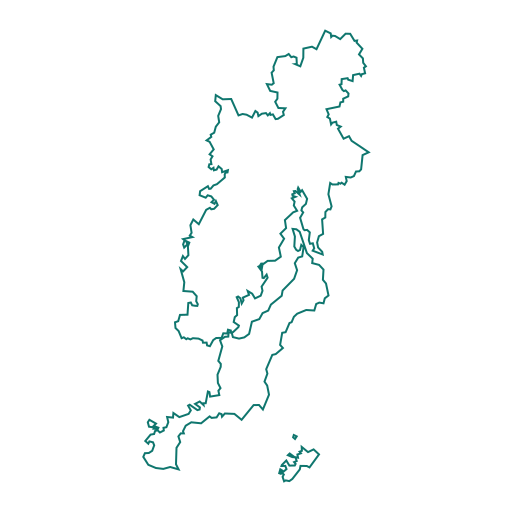 Stereas Elladas, Stereá Elláda, Greece, rotated 90°
{"feature_id": "26713481B15414951167649", "entity_name": "Stereas Elladas", "entity_type": "district", "adm_level": 2, "iso_a3": "GRC", "parent_name": "Greece", "parent_adm1": "Stereá Elláda", "projection": "natural_earth1", "projection_center": [23.323, 38.611], "detail": "fine", "context": "isolated", "style": "outline", "palette": "teal", "viewbox_px": 512, "rotation_deg": 90, "n_neighbors": 0, "source": "geoboundaries", "source_scale": "gbopen_adm2", "svg_char_len": 6112}
<svg xmlns="http://www.w3.org/2000/svg" viewBox="0 0 512 512"><g transform="rotate(90 256 256)"><path d="M33.8,161.8L33.7,166.4L39.1,171.8L36.0,176.9L35.7,179.5L37.0,180.8L33.4,181.3L30.7,186.8L49.2,195.5L46.7,200.0L48.6,208.6L57.8,208.7L66.3,211.7L64.1,216.8L63.9,215.2L57.7,215.5L56.5,218.4L57.2,220.7L54.0,223.3L56.1,226.7L57.1,234.6L66.7,238.5L70.3,238.2L72.7,240.4L83.2,238.3L84.7,240.2L84.1,245.1L90.9,241.8L92.5,234.5L98.7,234.6L101.8,236.8L108.0,233.6L108.3,226.6L111.8,229.0L115.0,228.2L118.8,234.1L119.1,236.4L114.4,239.1L114.9,241.5L113.2,242.1L115.4,244.2L113.1,246.0L113.7,250.1L116.1,253.6L112.6,254.4L111.0,256.6L117.6,260.0L114.7,265.4L114.0,269.4L115.4,273.5L99.0,280.8L99.3,289.3L95.1,296.2L101.2,296.8L106.1,291.4L109.1,291.0L115.9,293.8L122.3,292.8L126.7,296.2L132.7,297.8L134.7,301.3L136.9,300.7L140.4,305.4L141.8,302.4L149.4,298.3L154.3,302.4L156.3,299.5L159.5,301.4L164.1,300.6L164.3,302.7L167.0,303.4L169.3,300.7L167.8,298.5L170.3,298.1L169.6,295.4L166.3,293.5L169.0,290.3L172.2,289.9L170.2,284.1L172.4,284.5L172.7,286.5L174.4,287.3L177.5,287.2L184.2,295.1L185.4,298.5L188.7,301.3L188.9,302.9L186.2,304.1L191.2,311.9L195.2,312.4L197.7,306.3L195.3,304.3L196.4,300.7L199.8,298.0L202.2,300.5L203.8,297.5L201.1,296.1L205.1,294.3L208.8,297.9L209.3,300.7L207.8,302.1L209.8,305.8L224.2,313.2L219.5,318.7L225.2,321.6L232.8,320.4L235.6,322.2L237.1,319.6L239.1,328.9L240.3,327.4L244.4,328.9L247.6,327.8L244.3,324.6L241.1,325.9L242.6,322.7L246.4,324.1L255.2,323.6L258.9,327.0L256.1,329.1L261.0,331.0L267.1,324.8L271.4,328.9L269.1,331.4L282.2,327.7L291.0,328.6L291.7,319.3L296.2,315.3L301.2,315.8L304.2,314.2L305.9,314.7L305.8,316.8L305.3,319.8L302.5,321.2L303.0,323.7L314.7,324.5L314.9,332.0L321.2,333.8L322.3,337.0L328.0,336.5L331.0,333.4L338.2,330.4L337.3,328.2L339.2,325.7L338.3,324.3L339.4,321.6L338.2,319.1L338.6,313.5L340.5,309.5L342.7,309.0L342.6,305.4L345.4,304.9L346.2,302.1L340.1,298.8L338.0,295.8L337.9,290.4L333.3,288.7L333.5,284.8L329.7,284.0L330.5,281.2L332.3,281.3L332.2,279.0L327.1,273.6L325.6,273.1L322.0,278.3L317.1,277.2L315.1,274.9L308.1,275.1L307.0,273.2L302.2,273.1L297.2,275.3L296.5,273.9L298.3,271.6L303.5,270.3L300.3,268.5L297.6,269.1L294.9,263.0L291.0,264.3L293.7,259.8L298.4,257.0L295.7,251.3L290.8,249.5L286.6,250.4L277.7,244.4L274.6,245.4L278.1,248.2L277.8,249.5L271.5,250.0L266.6,253.6L265.9,252.2L268.7,250.2L265.8,249.7L266.7,251.4L265.5,252.0L263.6,250.8L263.6,248.8L264.7,250.1L265.2,250.3L260.9,244.4L260.7,236.9L256.7,231.2L247.5,233.1L238.7,227.9L233.7,231.6L228.1,225.9L220.1,227.1L212.3,218.8L210.8,214.9L205.5,218.2L201.6,217.4L198.3,220.2L196.8,216.5L195.8,219.4L194.3,219.7L193.3,217.3L191.2,218.1L191.0,216.5L194.6,212.4L189.1,214.3L187.6,213.8L191.8,211.3L190.2,209.9L198.8,204.9L203.9,206.1L207.3,209.8L210.4,210.6L212.4,208.8L217.8,211.9L229.0,208.6L230.2,207.5L229.9,204.9L232.4,202.2L240.1,203.2L243.8,202.0L243.3,199.2L248.3,197.8L250.7,199.3L254.5,189.3L251.8,189.8L247.5,193.9L242.5,194.9L236.2,193.1L233.9,188.9L219.4,189.9L217.5,186.7L212.0,186.6L209.2,183.9L209.4,181.6L206.4,180.4L194.2,183.6L183.0,181.8L184.5,179.6L184.4,174.0L182.9,173.5L183.7,171.6L182.7,170.4L184.7,167.4L181.1,165.3L176.9,166.2L177.5,161.3L176.1,158.1L171.5,156.0L171.3,152.7L169.4,150.9L155.1,149.4L152.3,143.3L140.8,160.4L136.2,163.0L138.7,168.4L128.7,174.0L126.6,171.3L125.0,175.2L121.7,175.8L122.7,179.6L124.4,180.9L118.6,182.1L117.0,184.7L114.4,183.3L109.2,185.5L106.5,172.5L102.4,171.6L101.7,168.8L98.7,168.8L96.4,163.8L93.5,163.5L90.4,166.4L91.1,168.1L89.9,169.6L84.7,172.4L84.2,170.5L79.1,170.3L78.2,164.4L79.7,163.8L81.1,159.4L75.1,158.9L73.7,152.5L75.9,150.9L74.2,150.2L73.3,146.9L67.7,148.1L66.3,146.1L62.8,148.8L58.4,149.1L54.4,153.0L48.8,149.6L42.6,155.4L40.5,154.9L40.9,157.5L33.8,161.8ZM295.5,183.5L283.5,186.0L279.8,189.1L269.6,188.5L264.9,192.9L263.1,199.8L258.7,199.3L253.1,205.1L231.8,212.3L229.3,215.6L228.9,219.4L236.5,217.1L246.5,217.7L249.8,215.8L251.0,214.0L250.0,212.0L244.9,210.7L247.1,208.4L256.4,209.8L257.6,213.8L263.2,217.2L270.2,214.9L278.8,217.9L290.5,229.4L295.8,230.3L304.6,241.1L310.6,243.8L313.1,249.4L319.1,252.7L321.7,260.1L333.9,262.9L337.4,267.7L338.6,273.0L337.1,279.1L333.0,280.2L332.2,283.4L336.6,283.7L336.8,287.0L340.2,292.0L346.4,289.7L360.9,293.7L363.9,291.2L366.9,291.3L374.7,294.5L383.0,294.1L388.1,291.5L390.7,293.6L395.1,292.7L396.6,301.9L392.1,302.6L391.5,304.1L403.2,306.3L403.3,308.8L405.0,308.5L401.5,312.3L403.9,316.9L407.4,312.1L409.5,312.4L410.1,314.6L404.7,322.3L405.6,323.9L410.4,321.2L413.9,323.4L417.1,332.7L413.0,338.6L417.6,339.0L417.0,344.9L422.2,343.7L427.2,345.6L427.8,348.5L430.5,348.2L432.5,352.1L430.2,354.5L431.1,357.0L434.0,357.9L434.6,361.4L441.0,366.7L443.7,363.7L441.4,362.6L442.3,359.0L445.3,357.8L450.8,359.8L453.0,363.2L453.2,367.1L456.9,368.7L464.8,363.7L468.0,356.1L468.9,348.7L467.0,341.8L469.4,333.4L464.3,336.0L447.8,335.5L442.1,331.8L436.4,333.6L433.4,331.3L433.4,328.2L431.2,329.0L425.7,326.3L422.3,320.7L423.3,310.9L416.4,302.4L417.9,300.4L417.4,295.4L413.3,292.8L414.1,290.5L416.7,290.0L413.5,287.1L413.9,277.6L419.8,270.4L405.1,258.4L405.0,253.0L409.5,249.1L394.7,243.0L385.6,244.8L381.6,247.5L373.6,244.6L369.2,245.8L354.9,239.7L354.1,236.3L348.0,229.1L344.9,231.9L332.8,229.8L332.2,226.4L323.0,222.5L322.2,220.4L316.8,218.1L313.7,214.8L310.0,205.8L310.5,197.7L304.0,195.8L302.6,192.7L303.3,188.5L298.3,187.2L295.5,183.5ZM465.9,211.5L466.0,205.2L467.4,202.5L454.4,193.0L449.4,198.4L452.1,204.0L446.9,210.3L450.8,210.1L451.7,212.4L453.3,211.1L454.5,214.6L457.7,214.0L457.2,216.6L461.0,215.3L462.1,217.9L463.9,216.4L465.5,217.2L465.6,222.6L460.5,225.7L465.1,230.2L466.0,230.5L465.9,226.7L469.1,225.5L472.9,230.0L474.5,228.2L476.9,229.4L481.3,227.9L480.4,226.3L481.1,222.7L479.0,219.7L469.4,212.2L465.9,211.5ZM426.7,363.0L427.2,359.6L423.6,356.0L419.8,362.6L422.3,364.2L426.7,363.0ZM455.2,224.1L457.1,219.7L457.3,217.2L453.5,222.3L455.2,224.1ZM437.3,218.9L439.0,217.0L436.4,215.3L435.0,218.2L437.3,218.9ZM427.7,353.6L426.5,356.9L428.7,358.3L429.0,354.2L427.7,353.6ZM473.8,231.2L470.5,229.8L469.3,231.7L473.2,232.8L473.8,231.2Z" fill="none" stroke="#0f766e" stroke-width="2"/></g></svg>